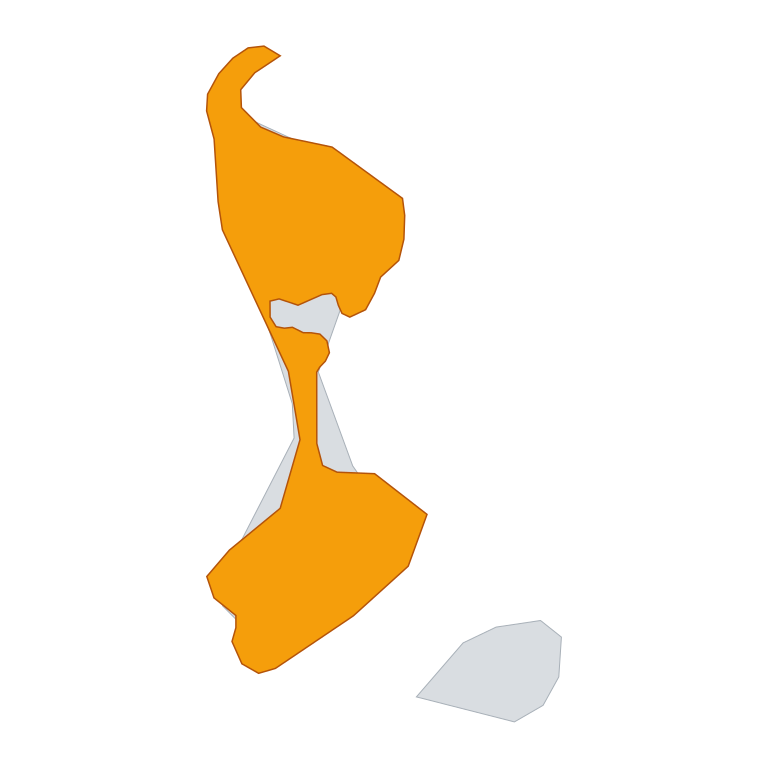 location of Miquelon-Langlade within Saint Pierre and Miquelon
{"feature_id": "SPM-4867", "entity_name": "Miquelon-Langlade", "entity_type": "Commune", "adm_level": 1, "iso_a3": "SPM", "parent_name": "Saint Pierre and Miquelon", "parent_adm1": "", "projection": "natural_earth1", "projection_center": [-56.329, 46.961], "detail": "fine", "context": "in_parent", "style": "filled", "palette": "amber", "viewbox_px": 768, "rotation_deg": 0, "n_neighbors": 0, "source": "natural_earth", "source_scale": "10m", "svg_char_len": 1243}
<svg xmlns="http://www.w3.org/2000/svg" viewBox="0 0 768 768"><path d="M383.7,572.8L264.5,648.0L222.7,606.0L233.0,556.8L294.1,438.0L292.3,403.7L219.8,173.5L232.1,136.0L250.3,119.6L355.9,168.3L368.2,230.9L318.3,372.0L352.7,465.9L399.6,533.6L383.7,572.8ZM543.1,705.3L514.4,721.9L416.4,696.9L463.1,642.9L496.1,627.1L540.5,620.5L561.4,637.1L558.8,676.9L543.1,705.3Z" fill="#d9dde1" stroke="#a8b0b8" stroke-width="1"/><path d="M374.6,473.7L427.0,514.4L408.2,566.2L353.4,615.8L275.4,668.4L258.6,673.3L241.9,663.8L232.0,641.5L235.9,627.7L235.9,615.5L214.0,597.9L206.8,576.5L229.4,550.1L280.2,508.3L300.0,439.7L288.4,371.3L222.4,229.8L218.1,201.6L214.1,139.0L206.6,110.9L207.6,94.2L218.8,73.7L232.8,58.2L248.1,47.9L264.0,46.1L280.2,55.8L254.8,72.7L240.7,89.7L241.4,107.6L260.7,127.1L283.5,136.9L332.1,147.1L402.5,198.4L404.7,215.4L403.9,239.2L398.8,260.4L380.6,277.1L374.5,293.3L365.6,309.7L349.8,317.1L342.0,313.4L338.3,305.2L335.9,297.0L331.6,293.3L322.0,294.6L298.0,305.2L279.1,298.9L270.0,301.1L270.1,317.1L276.1,326.7L284.4,328.2L292.4,327.3L303.2,332.7L311.2,332.8L319.9,334.1L326.9,340.9L329.4,352.7L325.4,361.1L319.7,367.1L316.7,372.1L316.8,443.5L322.6,465.5L337.1,472.2L374.6,473.7Z" fill="#f59e0b" stroke="#b45309" stroke-width="1.5"/></svg>